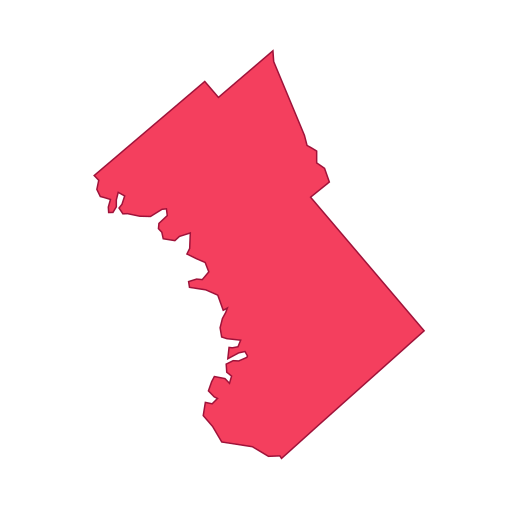 Lafayette, Arkansas, United States of America, rotated 318°
{"feature_id": "52423323B82644020143866", "entity_name": "Lafayette", "entity_type": "district", "adm_level": 2, "iso_a3": "USA", "parent_name": "United States of America", "parent_adm1": "Arkansas", "projection": "albers", "projection_center": [-93.686, 33.25], "detail": "fine", "context": "isolated", "style": "filled", "palette": "rose", "viewbox_px": 512, "rotation_deg": 318, "n_neighbors": 0, "source": "geoboundaries", "source_scale": "gbopen_adm2", "svg_char_len": 1331}
<svg xmlns="http://www.w3.org/2000/svg" viewBox="0 0 512 512"><g transform="rotate(318 256 256)"><path d="M330.9,424.1L335.9,248.8L360.0,250.1L365.6,236.7L363.4,227.4L371.3,218.6L369.7,213.2L367.9,208.0L372.7,198.8L399.2,123.4L405.9,114.8L334.2,113.0L334.7,92.0L242.3,89.4L189.6,87.9L189.8,94.5L182.3,100.0L180.1,107.6L182.2,110.8L185.7,116.6L179.0,120.8L175.6,125.1L178.8,127.9L185.1,126.0L189.8,120.8L196.2,116.5L198.6,123.5L191.0,127.9L186.3,128.7L185.3,135.6L188.9,138.6L196.2,148.6L204.0,156.0L217.4,158.4L221.0,161.0L217.1,166.6L205.7,166.8L201.8,170.4L201.9,175.3L198.6,181.1L206.0,190.3L212.2,190.2L222.6,194.9L211.8,206.0L206.0,208.3L210.0,218.3L213.9,226.8L210.3,236.2L200.3,237.6L196.4,233.4L188.8,229.9L185.6,234.8L196.0,247.5L201.4,259.5L195.3,274.4L199.9,275.5L195.7,277.7L189.2,280.0L181.3,285.3L176.3,293.2L179.0,297.9L188.3,308.3L181.9,311.4L177.0,308.4L174.8,305.9L166.3,313.5L178.3,316.4L183.9,319.6L182.8,324.6L181.3,325.2L172.9,322.4L169.0,318.5L161.5,316.4L156.5,322.8L157.5,328.9L151.1,332.9L150.9,326.3L144.4,317.7L139.0,319.7L130.4,324.4L130.7,332.7L132.1,336.1L124.5,336.5L120.4,330.9L110.0,339.3L109.7,353.6L106.1,371.3L125.7,395.3L131.2,413.2L140.0,420.5L139.5,423.5L189.2,423.5L305.9,424.0L309.9,424.0L312.3,424.0L330.6,424.1L330.9,424.1Z" fill="#f43f5e" stroke="#9f1239" stroke-width="1.5"/></g></svg>